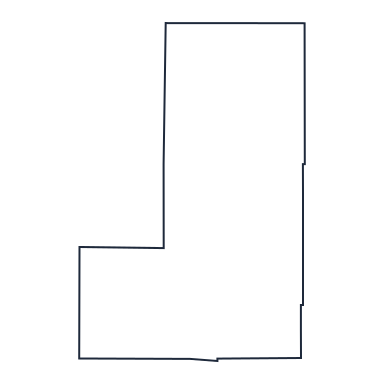 the district of Lincoln, Colorado, United States of America
{"feature_id": "52423323B65338081573095", "entity_name": "Lincoln", "entity_type": "district", "adm_level": 2, "iso_a3": "USA", "parent_name": "United States of America", "parent_adm1": "Colorado", "projection": "albers", "projection_center": [-103.434, 39.041], "detail": "fine", "context": "isolated", "style": "outline", "palette": "slate", "viewbox_px": 384, "rotation_deg": 0, "n_neighbors": 0, "source": "geoboundaries", "source_scale": "gbopen_adm2", "svg_char_len": 349}
<svg xmlns="http://www.w3.org/2000/svg" viewBox="0 0 384 384"><path d="M303.0,193.2L302.9,164.1L304.8,164.1L304.6,23.3L302.8,23.2L167.5,23.1L165.7,23.0L163.6,164.0L163.7,248.1L79.5,247.0L79.2,358.5L190.2,358.9L217.4,361.0L217.4,358.6L301.0,358.0L300.9,330.0L300.9,305.0L303.0,305.0L303.0,193.2Z" fill="none" stroke="#1e293b" stroke-width="2"/></svg>